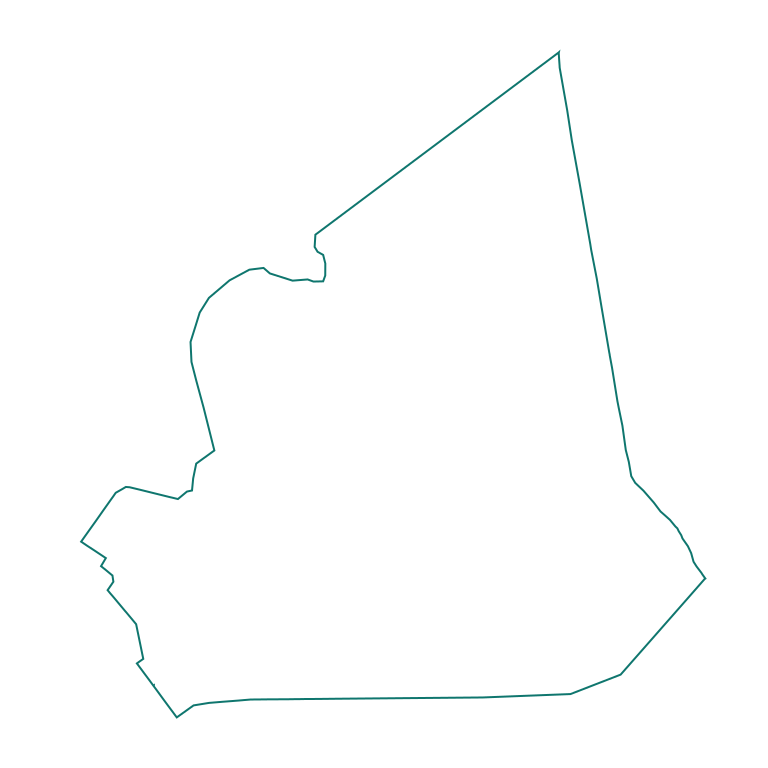 Kota Sungai Penuh, Jambi, Indonesia (Mercator projection), rotated 177°
{"feature_id": "22746128B31453944142504", "entity_name": "Kota Sungai Penuh", "entity_type": "district", "adm_level": 2, "iso_a3": "IDN", "parent_name": "Indonesia", "parent_adm1": "Jambi", "projection": "mercator", "projection_center": [101.365, -2.138], "detail": "fine", "context": "isolated", "style": "outline", "palette": "teal", "viewbox_px": 768, "rotation_deg": 177, "n_neighbors": 0, "source": "geoboundaries", "source_scale": "gbopen_adm2", "svg_char_len": 1931}
<svg xmlns="http://www.w3.org/2000/svg" viewBox="0 0 768 768"><g transform="rotate(177 384 384)"><path d="M73.3,172.9L76.1,177.3L76.9,178.8L81.4,185.4L83.9,189.8L84.2,190.4L86.1,199.0L89.0,206.1L94.0,214.1L95.1,217.5L97.4,221.6L98.6,224.5L100.5,226.5L105.6,233.4L114.5,242.2L115.8,244.1L117.5,246.6L120.8,251.5L129.1,262.1L130.5,263.9L138.3,272.1L141.9,279.0L143.6,293.4L146.0,305.4L148.1,329.9L150.9,348.3L151.8,354.6L155.4,388.1L156.6,397.2L157.1,401.0L157.1,401.6L157.4,403.6L163.0,451.7L164.4,464.1L166.0,478.1L170.1,507.2L170.7,513.0L178.1,573.8L181.7,601.9L183.7,617.5L186.7,647.5L192.0,690.6L192.0,692.5L192.1,697.5L192.2,705.3L192.0,706.1L193.2,705.1L193.3,705.2L444.7,536.7L446.1,524.5L443.4,519.5L438.0,516.1L436.3,507.4L437.0,495.4L439.4,489.7L449.1,490.0L454.8,492.4L469.9,492.0L492.2,500.4L498.2,506.2L503.9,505.8L512.5,505.2L532.8,495.6L554.3,479.2L564.3,465.0L569.0,452.2L575.0,436.1L575.1,416.1L571.3,397.2L565.4,369.9L556.9,326.5L569.1,318.6L575.7,314.3L579.5,299.7L581.3,287.7L586.4,286.9L595.0,280.5L595.8,279.9L601.5,281.6L603.3,282.1L614.2,285.4L633.3,291.2L637.7,292.5L643.4,294.2L647.2,294.7L651.0,292.7L657.6,289.4L659.0,287.6L660.3,285.9L662.0,283.8L671.1,272.3L677.5,264.1L682.1,258.3L682.9,257.3L690.6,247.6L694.7,242.4L688.9,238.0L682.3,233.2L670.9,224.7L676.1,216.9L671.2,212.5L665.8,207.5L665.2,207.0L664.6,200.7L670.8,192.6L668.3,189.2L666.1,186.4L654.1,170.4L653.9,170.2L646.4,160.2L644.1,157.1L638.8,122.1L641.0,120.7L642.5,119.8L645.4,117.9L638.9,108.1L633.3,99.7L630.1,94.8L629.6,95.1L629.7,94.2L626.4,89.2L620.0,79.4L613.9,70.2L608.4,61.9L591.0,73.0L575.4,74.7L562.0,75.1L545.6,75.5L539.9,75.7L536.3,75.8L533.6,75.9L529.6,75.7L522.4,75.4L512.8,75.0L512.7,75.0L507.6,74.7L503.8,74.6L502.8,74.5L496.5,74.2L493.2,74.1L483.8,73.7L478.0,73.5L472.1,73.2L465.5,72.9L448.7,72.2L301.8,65.8L214.0,64.6L162.9,81.4L88.4,157.7L74.0,172.5L73.3,172.9Z" fill="none" stroke="#0f766e" stroke-width="2"/></g></svg>